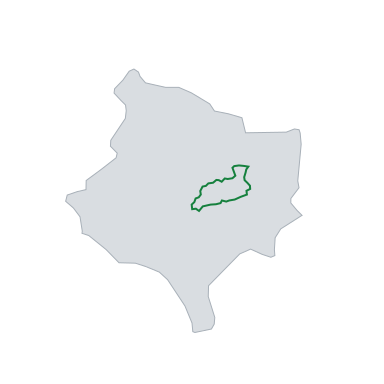 where Lipljan sits in Kosovo, rotated 340°
{"feature_id": "KOS-5903", "entity_name": "Lipljan", "entity_type": "District", "adm_level": 1, "iso_a3": "XKX", "parent_name": "Kosovo", "parent_adm1": "", "projection": "orthographic", "projection_center": [21.101, 42.527], "detail": "fine", "context": "in_parent", "style": "outline", "palette": "green", "viewbox_px": 384, "rotation_deg": 340, "n_neighbors": 0, "source": "natural_earth", "source_scale": "10m", "svg_char_len": 1617}
<svg xmlns="http://www.w3.org/2000/svg" viewBox="0 0 384 384"><g transform="rotate(340 192 192)"><path d="M114.8,139.6L132.4,133.9L135.0,129.9L131.0,121.1L133.4,115.6L154.5,100.1L158.0,93.1L159.3,87.5L156.5,81.6L152.6,72.4L154.6,68.5L165.4,63.2L174.3,57.0L179.5,56.6L182.7,61.0L182.7,65.6L185.6,73.5L192.1,77.7L202.9,84.6L215.4,89.2L225.3,98.6L238.8,115.3L240.8,123.6L253.0,131.0L264.3,139.3L262.6,154.7L301.1,168.0L309.8,167.8L313.9,170.1L313.8,173.6L310.9,184.5L295.2,217.7L294.0,224.6L282.7,231.9L281.1,236.1L284.4,245.2L287.4,251.6L287.2,251.6L262.8,257.0L254.5,263.4L249.7,274.4L248.1,280.1L243.8,280.3L236.6,274.6L227.5,265.7L215.7,266.5L175.5,285.7L171.5,295.8L170.5,317.7L167.7,323.7L163.4,327.4L146.7,325.0L145.0,323.5L147.2,315.1L146.4,296.7L139.1,266.1L133.9,256.1L122.9,246.1L114.4,239.5L99.2,233.5L91.6,216.7L80.1,197.6L74.5,193.2L75.5,191.3L78.3,177.0L75.1,166.5L70.1,157.5L73.7,152.2L84.4,152.4L93.2,153.5L96.5,145.0L114.8,139.6Z" fill="#d9dde1" stroke="#a8b0b8" stroke-width="1"/><path d="M187.4,203.7L190.7,202.3L193.2,199.3L196.5,199.3L199.4,197.4L200.1,193.9L203.8,190.5L207.1,191.0L210.3,189.5L215.0,190.5L219.0,189.0L221.2,190.0L223.4,192.5L227.4,190.5L230.0,192.0L234.7,192.9L238.3,191.5L238.3,187.5L238.3,183.1L240.5,182.1L245.2,183.1L249.2,185.0L253.6,187.4L250.7,189.4L248.9,192.2L246.1,195.9L245.5,198.9L247.2,202.4L248.6,205.9L247.7,209.0L243.6,209.5L242.7,213.2L236.2,213.2L229.6,213.7L224.1,212.7L220.9,212.7L217.2,210.2L215.0,212.2L210.3,211.7L205.2,210.2L201.2,209.7L197.2,209.2L192.1,212.2L189.9,209.0L186.3,208.2L187.4,203.7Z" fill="none" stroke="#15803d" stroke-width="2"/></g></svg>